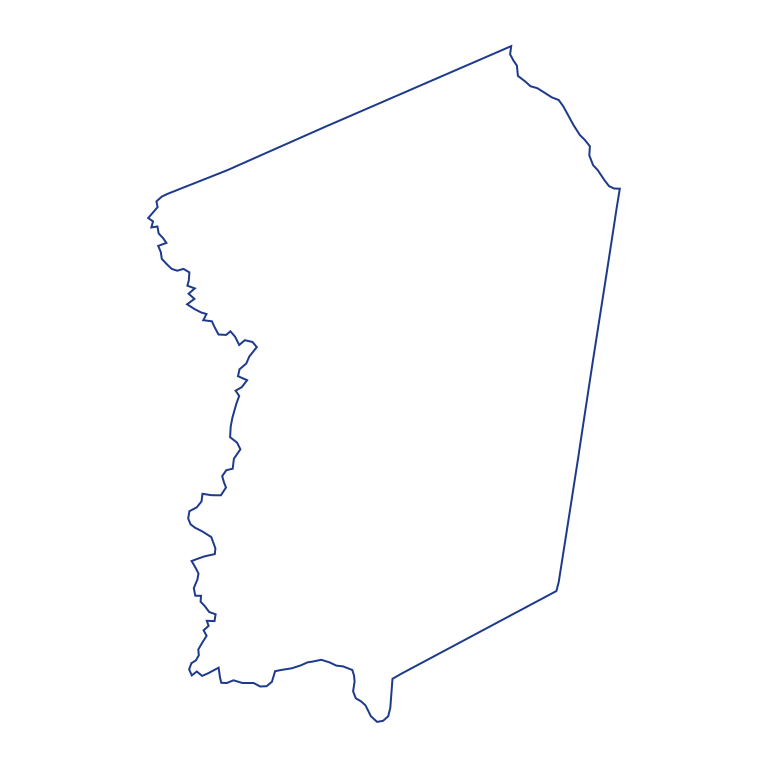 the district of Presidente Sarney, Maranhão, Brazil
{"feature_id": "56859067B79345146659872", "entity_name": "Presidente Sarney", "entity_type": "district", "adm_level": 2, "iso_a3": "BRA", "parent_name": "Brazil", "parent_adm1": "Maranhão", "projection": "mercator", "projection_center": [-45.415, -2.592], "detail": "fine", "context": "isolated", "style": "outline", "palette": "blue", "viewbox_px": 768, "rotation_deg": 0, "n_neighbors": 0, "source": "geoboundaries", "source_scale": "gbopen_adm2", "svg_char_len": 2194}
<svg xmlns="http://www.w3.org/2000/svg" viewBox="0 0 768 768"><path d="M401.2,673.8L556.4,591.0L558.7,582.1L566.2,534.5L578.4,456.4L580.1,444.8L592.3,364.7L593.4,357.6L605.7,279.2L612.8,233.3L616.6,208.4L619.8,188.7L614.0,188.5L609.0,186.1L604.3,180.0L597.8,170.2L593.1,165.2L589.3,155.4L589.9,146.3L584.8,139.9L579.9,135.1L573.4,124.9L563.4,106.5L558.7,100.0L551.9,97.4L537.4,88.2L530.4,86.2L525.6,81.8L517.9,75.9L516.9,65.6L513.4,60.5L510.1,54.3L511.2,46.1L324.9,126.9L261.0,155.2L227.5,170.1L167.9,193.7L161.8,196.6L156.4,201.4L157.6,207.1L152.9,212.6L148.2,218.0L153.0,221.4L151.4,227.4L157.4,226.5L158.7,233.5L163.2,238.3L166.4,242.9L158.2,245.9L160.8,252.1L161.8,258.9L167.1,264.5L171.7,268.9L177.3,270.7L183.5,268.9L189.4,272.4L188.8,280.3L187.4,285.7L194.8,288.4L188.6,293.7L194.4,298.9L187.1,304.3L194.4,309.0L201.2,312.5L206.5,314.0L203.3,320.2L211.9,321.3L214.5,327.0L218.5,334.5L226.2,334.9L230.4,331.3L235.0,336.6L239.2,345.0L244.8,340.2L252.5,342.0L256.8,347.1L249.3,356.5L246.3,363.5L239.5,369.3L238.0,376.2L247.1,380.2L241.8,387.1L235.6,390.7L239.2,396.0L236.5,403.2L234.8,409.2L232.4,417.7L230.7,426.5L230.1,437.2L237.1,442.7L240.4,449.3L233.9,458.7L232.7,468.7L226.3,470.2L222.2,476.1L223.9,482.2L226.0,487.5L220.9,495.3L211.5,495.2L202.5,493.8L201.5,501.4L196.8,507.3L189.4,511.2L188.2,518.5L190.6,524.4L195.0,527.7L202.1,531.3L211.3,537.1L215.4,548.4L214.8,554.1L204.7,556.3L198.9,558.3L191.6,561.0L195.7,568.0L198.5,573.6L197.4,579.5L193.8,588.1L195.3,595.7L201.0,595.8L200.6,601.7L204.7,606.0L209.2,612.0L215.6,614.3L214.5,621.1L206.8,620.8L208.6,625.9L203.6,630.3L206.6,635.8L202.7,642.0L198.3,649.4L198.8,655.3L195.9,660.4L191.4,663.2L189.1,669.4L191.8,675.4L196.8,671.5L202.1,675.9L208.3,673.2L218.6,667.7L220.0,677.4L221.3,682.8L226.8,683.0L233.5,680.3L242.4,683.0L253.6,683.0L260.2,686.5L266.6,686.2L271.9,681.8L275.1,671.2L281.0,670.0L291.8,668.3L301.0,665.3L307.4,662.4L313.0,661.5L321.3,659.8L329.6,662.4L336.3,665.6L343.1,666.4L352.3,670.0L354.0,675.4L354.6,681.6L353.1,691.3L355.8,698.3L361.1,701.4L365.5,705.4L367.9,710.2L370.9,716.3L377.1,721.9L383.1,720.8L388.2,716.3L390.3,707.8L392.5,678.8L401.2,673.8Z" fill="none" stroke="#1e3a8a" stroke-width="2"/></svg>